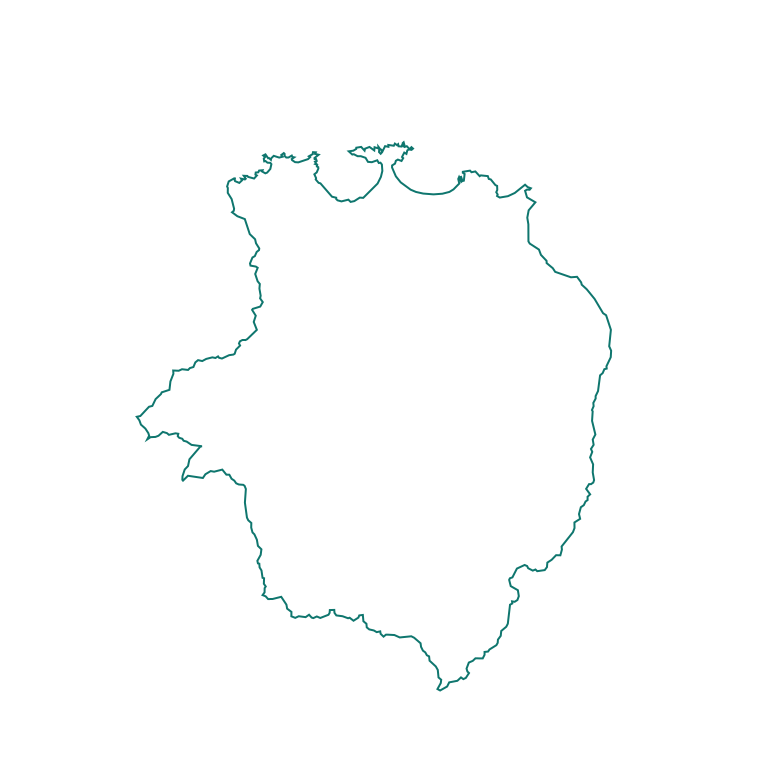 the district of Santa, Áncash, Peru, rotated 124°
{"feature_id": "86281439B85206486043179", "entity_name": "Santa", "entity_type": "district", "adm_level": 2, "iso_a3": "PER", "parent_name": "Peru", "parent_adm1": "Áncash", "projection": "orthographic", "projection_center": [-78.368, -9.004], "detail": "fine", "context": "isolated", "style": "outline", "palette": "teal", "viewbox_px": 768, "rotation_deg": 124, "n_neighbors": 0, "source": "geoboundaries", "source_scale": "gbopen_adm2", "svg_char_len": 6166}
<svg xmlns="http://www.w3.org/2000/svg" viewBox="0 0 768 768"><g transform="rotate(124 384 384)"><path d="M549.4,570.6L550.9,566.5L553.6,562.8L554.4,556.9L556.5,551.9L558.2,549.8L562.3,549.3L558.6,547.8L555.7,543.9L553.0,542.0L547.4,540.6L546.1,536.5L546.4,533.9L541.5,529.3L540.3,526.7L542.6,525.8L543.1,523.7L542.2,520.6L543.1,518.4L542.1,515.4L542.1,509.5L537.4,500.1L538.7,501.3L555.2,503.2L561.6,500.6L566.3,501.4L573.1,499.5L576.2,497.6L576.5,496.6L569.7,495.2L563.2,481.6L558.7,481.6L553.1,479.0L551.7,475.8L545.4,470.2L547.3,464.0L545.7,461.5L547.8,457.4L547.8,454.1L549.0,451.0L548.5,448.2L546.3,444.3L546.4,442.6L548.3,439.8L560.1,433.0L571.4,422.9L572.9,420.3L573.4,416.3L577.3,413.8L580.6,410.0L581.1,407.4L584.2,402.3L588.7,398.0L589.6,393.2L594.6,390.7L601.4,390.1L603.2,388.2L602.7,386.9L605.6,384.6L607.1,381.3L612.6,376.3L612.1,374.8L616.8,371.9L618.0,368.8L620.0,368.8L623.5,366.5L626.9,366.6L626.2,363.4L627.1,359.8L624.5,356.1L617.9,350.2L621.5,341.5L624.4,338.7L624.7,333.3L628.4,330.9L627.5,326.8L624.2,324.8L621.1,318.6L617.2,317.1L618.1,313.4L617.6,311.7L614.3,309.7L613.6,306.0L606.4,301.0L604.2,301.1L601.7,302.5L599.1,298.9L601.4,297.1L602.5,294.1L599.7,288.5L598.3,282.8L597.0,281.8L597.3,276.9L592.0,274.6L589.7,275.1L587.3,272.4L592.2,268.4L592.6,264.5L595.4,262.2L595.7,259.0L594.0,254.6L593.8,251.3L591.2,248.8L593.0,247.1L593.7,243.1L590.7,242.2L589.7,240.7L586.3,235.0L585.3,229.2L577.9,220.3L577.5,217.1L578.5,208.7L581.2,206.3L583.3,202.6L583.4,199.7L584.9,196.8L584.6,194.3L587.9,191.5L589.2,183.1L591.0,179.5L596.8,174.7L597.2,171.2L600.2,169.7L607.0,169.1L606.7,166.1L599.5,162.5L594.9,163.1L589.0,157.2L584.2,156.1L584.3,153.2L581.9,151.8L576.1,151.9L575.7,154.1L573.8,156.4L567.5,157.9L563.9,155.6L560.3,154.8L556.3,148.7L552.3,149.2L549.9,150.8L547.6,148.1L545.1,148.1L537.7,144.8L535.0,145.0L532.2,146.6L527.5,146.4L523.2,148.7L516.9,146.9L513.5,147.3L496.5,156.1L494.2,154.9L492.6,156.3L491.5,153.9L488.5,152.6L484.5,153.6L480.1,157.7L480.7,165.9L476.4,170.7L474.7,171.0L472.5,169.4L462.7,170.6L455.4,166.2L454.9,163.5L456.1,161.5L455.5,156.3L453.1,154.7L453.5,152.3L448.4,146.7L444.7,146.5L440.7,148.7L436.0,146.7L429.7,145.6L427.4,142.0L421.8,143.9L419.4,145.9L401.2,144.5L396.9,145.5L392.3,148.7L386.1,146.0L382.8,149.6L376.1,151.9L372.7,150.6L368.7,151.2L366.4,150.3L363.6,152.2L360.2,151.4L357.9,157.8L352.3,158.0L351.3,156.4L348.7,155.4L346.2,156.1L340.6,161.5L333.7,165.7L329.6,172.1L323.8,173.4L322.1,176.1L317.2,176.2L313.3,179.9L307.7,180.5L298.2,190.9L290.0,195.7L289.3,197.0L285.2,197.8L282.6,199.9L277.7,200.4L275.7,201.8L270.2,202.6L256.0,209.7L252.7,208.8L248.5,209.6L246.7,208.0L244.9,209.5L235.0,211.0L229.4,214.3L226.8,218.4L212.2,226.2L202.8,238.3L202.8,242.0L195.7,257.0L192.1,268.9L191.1,275.6L189.5,277.4L187.2,283.9L191.0,288.7L195.3,304.8L193.6,308.8L192.8,316.8L191.0,318.1L189.2,326.1L185.9,330.7L186.1,341.7L185.0,344.0L170.9,353.6L166.0,358.2L159.1,361.2L148.7,360.1L149.3,369.8L144.9,375.1L142.9,374.2L141.5,371.9L139.6,371.7L140.4,374.9L139.9,378.5L152.5,382.4L159.0,386.3L164.7,392.3L164.9,395.4L163.3,395.8L162.2,398.2L159.8,398.6L156.5,401.0L156.8,402.9L154.7,409.9L155.4,411.8L153.6,414.2L156.9,420.4L158.2,420.9L156.7,427.1L159.5,429.9L159.0,432.0L164.0,437.3L164.8,436.8L164.8,434.6L170.8,431.5L171.8,432.4L168.6,436.7L172.2,432.7L173.2,433.0L170.4,437.5L172.5,437.1L175.7,433.7L183.8,435.2L188.2,437.2L193.6,442.0L199.1,449.0L204.2,458.0L206.9,464.9L208.0,470.6L207.5,482.9L205.2,490.3L200.0,498.4L198.3,499.5L195.1,498.1L192.3,499.0L190.2,498.0L189.3,494.2L186.0,494.4L185.7,496.0L180.8,496.6L180.7,494.1L177.3,495.3L175.7,494.6L174.5,492.1L172.6,491.6L172.3,493.7L175.0,494.1L174.1,498.1L175.7,499.3L172.6,502.9L173.7,503.2L175.9,501.3L175.8,502.6L177.3,502.2L178.8,504.9L177.3,506.4L178.7,506.8L178.6,509.4L181.0,509.1L183.4,514.1L184.9,513.0L186.2,516.1L191.4,515.4L191.3,517.5L193.0,515.2L195.0,515.5L194.5,517.8L190.9,519.9L190.4,521.4L191.8,520.3L193.0,524.2L195.8,522.7L195.6,528.6L199.5,531.3L201.4,530.6L200.2,535.5L203.6,539.1L204.7,538.5L207.7,539.9L210.8,543.3L211.5,538.6L210.4,537.5L209.9,533.3L208.1,530.6L206.8,525.8L208.8,521.5L206.9,518.1L202.3,514.7L203.7,511.9L202.5,510.7L203.2,508.5L208.3,504.5L214.0,502.4L221.4,501.4L241.3,505.3L243.0,508.3L249.0,510.9L251.7,513.5L251.1,516.6L256.4,521.4L257.7,525.2L257.4,527.0L256.3,527.8L257.8,531.8L253.2,548.9L253.8,550.7L252.6,555.0L251.3,555.4L249.1,559.0L246.2,558.1L242.1,558.9L241.0,559.8L241.2,561.3L239.7,561.9L240.1,564.0L239.0,563.6L238.3,565.5L236.7,564.5L235.5,566.2L236.3,567.3L235.6,568.0L230.5,566.4L231.8,569.9L230.1,570.1L231.5,572.5L233.4,571.7L237.2,573.6L237.2,572.1L240.0,572.7L248.2,579.0L249.8,581.8L249.8,585.4L249.1,586.3L246.3,585.2L247.0,587.0L246.2,588.2L249.6,589.8L250.9,591.7L250.5,594.0L248.8,595.1L248.6,596.2L251.6,597.2L252.3,595.2L254.9,597.5L256.5,603.0L260.0,603.7L261.4,603.1L261.0,605.8L261.6,606.3L259.9,610.7L262.1,611.9L262.3,609.5L264.4,609.7L266.4,607.8L265.4,607.0L265.7,604.4L264.2,601.9L264.7,600.3L269.3,598.5L274.1,599.1L275.7,600.2L276.0,604.0L274.7,604.2L276.9,606.9L278.8,606.6L280.4,608.6L282.3,607.7L282.2,606.0L286.3,606.6L288.3,612.5L287.9,613.6L289.8,616.7L291.1,613.4L292.2,613.7L293.7,617.4L294.6,615.6L298.2,616.4L299.1,620.9L297.8,622.8L296.5,621.9L297.3,623.2L302.9,626.0L308.0,624.5L308.8,623.1L312.9,620.4L315.9,613.7L322.5,606.3L324.4,605.4L326.6,606.0L326.9,599.4L325.1,591.6L334.8,579.1L336.1,571.8L338.9,568.8L341.4,563.2L342.9,562.5L345.7,563.4L350.2,562.6L352.7,563.8L359.0,562.5L360.5,560.9L358.3,555.9L358.3,553.7L364.8,552.3L369.5,546.2L370.5,542.9L374.6,540.6L379.8,535.6L382.3,534.6L383.9,530.3L389.0,529.9L395.1,534.8L396.3,534.8L399.1,528.5L405.4,526.7L410.2,519.7L423.4,522.5L425.0,523.4L426.7,526.0L429.2,527.3L431.5,526.9L432.6,524.8L438.2,525.9L442.4,524.7L443.8,525.3L446.7,528.5L453.5,532.6L454.5,535.4L453.9,537.0L456.7,538.3L457.9,541.2L462.6,545.4L466.6,547.5L468.2,551.5L471.6,552.5L476.5,551.5L479.3,553.8L481.9,554.3L484.7,559.7L487.8,561.6L490.7,566.3L493.3,564.3L501.3,562.5L508.8,558.6L515.2,563.6L517.2,563.3L524.2,564.9L531.7,563.8L534.3,566.1L546.8,568.1L549.4,570.6Z" fill="none" stroke="#0f766e" stroke-width="2"/></g></svg>